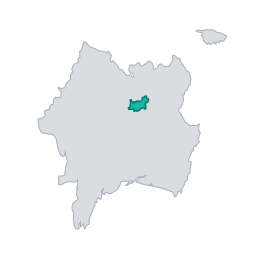 Loire highlighted on a map of France, rotated 275°
{"feature_id": "FRA-5315", "entity_name": "Loire", "entity_type": "Metropolitan department", "adm_level": 1, "iso_a3": "FRA", "parent_name": "France", "parent_adm1": "", "projection": "natural_earth1", "projection_center": [4.105, 45.756], "detail": "fine", "context": "in_parent", "style": "filled", "palette": "teal", "viewbox_px": 256, "rotation_deg": 275, "n_neighbors": 0, "source": "natural_earth", "source_scale": "10m", "svg_char_len": 5735}
<svg xmlns="http://www.w3.org/2000/svg" viewBox="0 0 256 256"><g transform="rotate(275 128 128)"><path d="M202.7,102.1L200.9,102.9L199.9,104.6L198.8,105.0L196.7,105.0L195.7,104.0L193.3,104.7L192.3,105.8L193.8,107.1L189.0,112.6L185.9,114.1L185.3,117.6L181.6,120.3L180.3,123.2L180.2,123.7L181.1,124.7L180.7,126.5L178.9,127.7L178.9,128.9L179.5,129.1L182.3,128.1L183.3,127.0L182.8,125.5L185.6,123.7L190.7,124.1L191.3,126.6L190.7,128.6L194.4,133.1L191.2,135.2L191.1,136.6L194.4,141.1L196.5,142.9L195.4,145.9L191.9,147.9L189.7,147.7L188.8,148.2L188.9,149.2L190.4,151.9L194.2,153.7L194.8,155.7L193.8,156.5L192.1,159.6L192.9,161.2L192.6,161.8L193.0,162.9L194.0,163.9L199.2,166.6L203.9,166.1L204.6,167.6L201.7,171.7L201.9,173.6L200.4,173.6L200.2,174.2L197.3,175.6L192.6,179.8L190.4,181.0L189.6,183.1L188.3,184.3L181.5,186.6L180.2,186.1L176.9,186.2L174.9,184.7L170.9,183.7L169.6,181.5L165.9,181.1L165.7,179.6L160.6,181.0L153.3,179.0L150.7,176.8L148.6,177.4L146.7,179.3L138.9,184.4L135.8,189.6L136.3,195.7L138.1,198.7L133.3,198.3L130.5,199.2L129.7,200.4L123.0,198.9L120.5,200.2L119.8,200.1L118.9,198.8L115.6,197.4L116.1,196.4L115.7,195.5L112.6,194.7L111.5,195.6L110.3,193.8L101.6,191.1L100.2,191.1L99.6,193.9L93.9,193.8L93.1,193.3L89.5,193.9L85.7,191.3L81.4,191.8L78.8,189.1L76.3,189.0L72.7,187.6L71.0,186.9L70.8,186.1L69.8,187.3L68.4,187.0L68.1,186.7L69.0,185.2L69.3,183.5L64.8,182.2L63.6,181.0L63.6,180.3L66.0,179.8L68.3,177.4L70.5,168.8L72.2,158.7L73.4,156.8L74.8,156.2L73.7,154.9L72.3,156.7L73.3,147.4L75.1,140.5L78.8,143.3L79.6,144.5L80.6,148.7L82.7,150.4L81.4,148.7L80.1,143.2L79.3,141.7L73.4,137.1L73.3,136.0L75.9,136.6L74.9,133.1L74.4,125.9L70.8,125.2L65.1,122.1L61.2,116.6L60.9,114.6L62.0,112.4L61.1,111.0L59.4,110.1L60.8,108.2L61.9,108.0L66.1,109.1L62.7,107.3L57.2,107.9L55.0,107.3L54.7,106.0L56.2,104.3L54.4,103.3L51.2,103.5L50.9,103.1L51.8,101.9L51.0,101.5L48.5,101.9L47.0,101.5L45.7,100.2L41.5,99.9L40.6,99.1L34.9,97.5L28.9,97.8L27.4,95.1L23.8,93.8L24.5,92.9L28.2,92.1L28.9,91.4L26.3,90.3L25.4,89.2L30.3,88.9L28.1,87.7L23.4,87.8L22.8,86.2L23.5,84.5L26.3,83.0L33.2,81.4L38.2,81.4L41.8,79.5L45.3,79.0L48.6,79.9L52.9,84.6L56.6,82.5L61.9,82.6L62.9,83.7L64.4,81.6L65.6,82.9L72.1,82.4L70.6,81.6L69.4,79.6L69.3,72.3L66.1,67.0L65.4,65.1L65.6,63.4L69.5,63.7L72.7,63.0L74.2,63.5L74.5,66.9L75.8,68.9L84.7,69.5L89.9,70.6L94.2,68.6L98.3,67.8L98.6,67.3L96.3,67.5L94.2,66.7L93.9,65.8L95.1,63.1L101.3,60.1L110.4,57.6L112.7,56.0L115.4,53.0L114.9,52.2L115.4,44.1L116.7,41.4L120.2,39.5L128.9,37.5L130.0,40.1L129.9,41.5L132.2,43.8L133.4,44.6L137.2,43.3L139.0,45.4L139.6,47.9L144.2,48.8L145.5,52.0L146.4,51.3L149.3,51.4L150.6,51.7L152.5,53.1L151.9,55.0L152.8,55.9L152.0,57.6L152.5,58.3L157.8,58.3L159.4,57.6L160.2,55.8L161.8,54.8L162.4,55.1L161.4,58.4L162.1,59.2L162.5,61.5L164.5,61.7L168.4,63.5L171.7,66.6L175.8,66.1L179.0,67.8L182.3,66.9L185.5,67.9L186.6,68.7L189.5,73.1L191.8,72.2L193.4,72.7L193.9,73.9L199.9,73.2L201.0,74.4L202.2,74.9L209.8,76.5L209.9,78.1L205.6,82.8L203.8,89.3L202.5,91.6L202.1,93.3L202.5,94.5L202.3,96.3L201.4,100.6L202.0,101.8L202.7,102.1ZM231.8,191.7L231.5,194.4L232.6,196.4L233.2,204.4L231.0,208.3L230.7,212.9L228.0,218.5L223.5,216.0L222.2,214.6L223.3,212.5L220.8,211.4L221.4,209.3L221.1,208.3L219.3,208.2L219.2,207.6L220.5,206.1L220.4,205.1L218.7,203.8L218.4,202.7L220.0,201.5L219.2,200.4L218.3,200.1L220.5,196.5L222.0,195.4L225.4,194.4L226.7,193.0L229.0,193.8L229.4,193.4L230.0,187.7L230.8,187.6L231.5,188.4L231.8,191.7ZM73.8,133.5L73.2,135.2L71.0,132.3L70.7,130.8L73.8,133.5Z" fill="#d9dde1" stroke="#a8b0b8" stroke-width="1"/><path d="M161.2,142.1L161.1,142.9L161.3,143.6L160.6,143.7L159.3,144.3L159.0,144.6L158.8,144.9L158.7,145.1L158.8,145.6L158.8,145.8L158.7,145.9L156.8,146.0L156.3,145.6L155.9,145.4L155.5,145.4L155.3,145.3L155.2,145.2L155.1,144.9L155.0,144.7L155.0,144.4L155.1,144.2L155.0,143.8L154.8,143.3L154.6,143.1L154.4,143.1L154.1,143.4L153.9,143.5L153.7,143.5L153.2,143.2L152.9,143.2L152.5,143.2L152.3,143.2L152.2,143.3L152.2,143.5L151.8,143.8L150.6,143.9L150.1,144.0L149.9,144.0L149.8,143.9L149.7,143.7L149.4,143.5L149.2,143.6L148.9,143.7L148.6,143.9L148.5,144.0L148.4,143.9L148.3,143.7L148.4,143.0L148.6,142.7L148.8,142.4L149.1,142.2L149.3,142.0L149.4,141.7L149.5,141.4L149.5,141.2L149.3,140.9L149.0,139.9L148.9,139.8L148.8,139.6L147.1,138.3L146.9,138.1L146.7,137.7L146.3,136.7L146.2,136.5L146.1,136.4L145.9,136.4L145.7,136.0L145.5,135.7L145.5,135.4L145.7,135.1L145.7,134.9L145.7,134.7L145.7,134.4L145.9,134.1L146.0,133.9L146.0,133.7L145.9,133.5L145.8,133.3L145.4,133.1L145.2,132.8L145.2,132.7L145.8,132.3L146.7,132.1L147.0,132.0L147.2,131.9L147.3,131.7L147.2,131.4L147.2,131.2L147.1,130.5L147.0,130.2L146.9,129.7L146.9,129.3L146.9,128.9L146.9,128.7L146.8,128.4L146.8,128.2L146.8,127.9L146.7,127.8L146.7,127.7L146.6,127.4L146.9,127.2L147.0,127.2L147.2,126.9L147.3,126.8L148.3,126.6L148.4,126.8L148.5,127.0L148.4,127.5L148.5,127.8L149.0,128.0L149.5,128.3L149.8,128.4L150.1,128.4L150.9,128.1L151.1,128.1L151.3,128.2L151.9,128.3L152.1,128.3L152.6,128.2L152.8,128.2L153.5,128.3L153.9,128.5L154.1,128.5L154.4,128.5L154.6,128.4L154.8,128.3L155.2,128.1L155.6,127.5L155.9,127.6L156.1,127.8L156.3,128.2L156.4,128.5L156.3,128.9L156.0,129.0L155.2,129.1L155.0,129.3L153.8,130.5L153.7,130.8L154.0,131.1L154.4,131.3L154.5,131.5L154.4,131.8L153.9,131.9L153.7,132.0L153.8,132.3L154.8,132.8L155.0,133.1L155.0,133.3L154.8,133.6L154.9,133.8L155.0,134.0L155.4,134.2L155.8,134.7L155.6,135.1L155.0,135.9L155.0,136.2L155.3,136.3L155.6,136.3L155.8,136.4L155.8,136.6L155.5,137.1L155.3,137.4L155.6,138.2L156.4,139.0L157.3,139.5L158.0,139.6L158.9,139.5L159.4,139.6L159.7,139.8L159.8,140.0L159.6,140.9L159.6,141.2L159.7,141.4L160.0,141.5L160.5,141.5L160.8,141.6L161.2,142.1Z" fill="#14b8a6" stroke="#0f766e" stroke-width="1.5"/></g></svg>